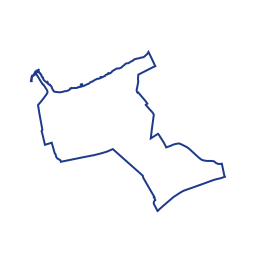 the district of Bab Sharqi, Al Iskandariyah, Egypt, rotated 8°
{"feature_id": "37247803B50327552497363", "entity_name": "Bab Sharqi", "entity_type": "district", "adm_level": 2, "iso_a3": "EGY", "parent_name": "Egypt", "parent_adm1": "Al Iskandariyah", "projection": "albers", "projection_center": [29.912, 31.205], "detail": "fine", "context": "isolated", "style": "outline", "palette": "blue", "viewbox_px": 256, "rotation_deg": 8, "n_neighbors": 0, "source": "geoboundaries", "source_scale": "gbopen_adm2", "svg_char_len": 4803}
<svg xmlns="http://www.w3.org/2000/svg" viewBox="0 0 256 256"><g transform="rotate(8 128 128)"><path d="M66.2,170.8L82.6,165.0L88.5,162.9L97.9,159.7L105.3,156.7L110.5,154.3L115.9,151.0L149.3,173.2L149.9,175.0L163.8,192.8L163.3,193.1L165.1,195.5L164.3,196.5L164.0,197.4L163.9,198.1L163.9,198.8L164.2,199.6L164.5,200.1L167.5,204.2L168.6,205.9L168.9,206.1L170.6,203.8L175.7,197.9L182.7,190.0L183.7,189.1L188.2,185.2L189.5,184.1L191.1,182.9L192.7,181.9L196.8,179.8L210.0,172.9L220.1,167.5L221.8,166.8L226.8,164.8L230.8,162.8L230.0,161.7L225.9,150.3L224.4,150.8L222.0,151.0L219.9,150.3L217.7,149.0L215.3,149.0L211.2,149.6L207.3,149.6L204.8,149.0L201.5,147.0L191.8,140.3L189.3,138.9L183.3,136.8L180.6,136.2L177.9,137.0L175.2,138.1L172.6,139.8L168.5,141.9L167.7,140.6L165.4,137.3L163.9,135.6L159.2,130.1L158.5,129.6L152.0,135.1L151.8,126.9L151.7,111.2L150.6,109.7L149.4,108.6L146.6,106.3L142.4,102.7L143.8,101.2L141.2,98.5L135.3,93.3L133.2,91.4L132.6,91.8L131.9,91.0L131.2,89.1L131.4,87.5L131.7,80.9L131.0,77.4L130.8,73.7L144.6,64.1L146.4,63.0L140.4,53.8L137.7,49.9L137.5,50.5L137.2,51.2L136.9,51.5L136.8,52.0L136.0,53.0L135.4,53.5L134.7,54.6L134.2,55.1L133.5,55.6L132.6,56.1L132.2,56.2L131.1,56.5L130.2,56.9L129.0,57.5L127.1,58.1L125.7,58.7L125.0,59.1L124.6,59.2L124.3,59.6L124.1,59.9L123.7,60.4L123.3,60.6L123.2,60.8L121.3,62.1L119.8,63.4L119.5,63.7L118.8,63.9L118.3,64.0L117.9,64.2L117.4,64.3L117.1,64.4L116.8,64.6L116.4,65.0L115.2,66.6L114.6,67.1L114.2,67.5L113.9,67.8L113.6,68.3L113.3,68.7L112.9,69.1L110.9,70.3L108.7,70.6L106.6,72.2L104.4,74.0L104.2,74.6L103.9,75.0L103.6,75.4L102.9,76.1L101.9,76.7L101.7,76.4L101.4,76.3L101.1,76.3L100.8,76.4L100.6,76.7L100.5,77.0L100.6,77.4L100.1,77.8L99.2,78.1L98.7,78.4L98.4,78.7L98.1,79.5L96.5,80.6L95.6,81.2L94.8,81.7L94.5,81.8L94.4,81.7L94.1,81.5L94.0,81.2L93.9,81.2L93.8,81.3L93.7,81.5L93.8,81.8L93.9,82.0L94.0,82.2L93.9,82.3L92.8,82.9L92.4,83.2L91.9,83.4L91.7,83.4L91.4,83.4L90.8,83.5L90.0,84.0L89.6,84.4L88.7,84.8L88.3,85.1L87.9,85.6L87.3,86.0L87.0,86.3L86.5,86.6L86.1,87.1L85.6,87.3L85.1,87.5L84.7,87.7L84.2,88.1L83.8,88.6L83.7,88.8L83.5,89.1L83.1,89.5L82.7,89.7L80.9,90.7L79.9,91.5L78.9,92.1L78.2,92.5L77.6,92.8L77.2,93.0L76.6,93.2L76.4,92.7L76.7,92.5L76.6,91.1L76.3,90.9L76.1,91.0L75.9,91.1L75.9,91.5L75.2,91.6L75.2,91.9L75.2,93.0L76.1,92.6L76.3,93.3L76.1,93.5L75.9,93.5L75.4,93.7L75.0,93.8L74.6,94.1L73.8,94.4L73.0,94.4L72.5,94.8L72.4,94.9L72.3,95.1L72.2,95.1L71.9,95.3L71.2,95.6L70.0,95.8L69.3,95.8L68.3,96.1L67.2,96.2L66.8,96.3L66.5,96.2L66.4,96.5L66.1,96.9L65.8,97.0L65.3,97.0L65.2,97.0L65.1,97.6L64.8,98.1L64.3,98.6L63.3,99.3L62.0,99.9L61.4,100.1L60.6,100.3L59.2,100.8L58.9,101.0L58.0,101.4L57.6,101.5L57.2,101.7L55.6,102.1L55.2,102.2L54.7,102.3L53.7,102.2L52.3,102.3L51.3,102.3L50.5,102.2L50.0,102.3L49.9,102.3L49.5,101.9L49.0,101.5L47.8,100.1L47.7,99.9L47.6,99.7L47.2,99.1L47.0,98.6L46.8,98.3L46.7,98.0L46.5,97.8L46.3,97.5L46.0,97.1L45.5,96.9L45.3,96.7L44.7,96.5L44.5,96.2L44.5,95.9L44.3,95.9L44.1,96.0L44.0,95.9L43.8,95.9L43.7,95.9L43.0,95.5L42.3,95.1L42.3,94.1L42.2,94.0L42.1,94.6L41.0,94.2L40.7,93.9L40.0,93.6L39.8,93.4L39.1,93.0L38.3,92.5L37.9,92.0L37.6,91.8L37.2,91.2L37.0,90.7L37.0,90.2L36.9,89.9L36.7,89.8L36.3,89.9L36.1,89.8L35.4,89.0L35.3,88.8L35.4,88.7L35.3,88.4L35.2,88.3L34.9,88.1L34.9,87.8L34.6,87.4L34.3,87.2L34.2,87.1L34.2,86.9L33.9,86.7L34.0,86.6L33.9,86.5L33.6,86.6L33.4,86.4L33.2,85.9L32.9,85.7L32.6,85.4L32.4,85.2L31.9,84.6L31.7,84.5L31.7,84.8L31.8,84.9L31.9,85.3L31.6,85.2L31.2,85.2L30.5,85.3L30.3,85.2L30.2,85.4L30.0,85.5L29.7,85.9L29.6,86.0L29.5,86.4L29.4,86.4L29.5,86.8L27.9,88.2L27.8,88.3L27.7,88.2L27.7,87.9L28.0,87.5L28.1,87.2L28.3,87.2L28.4,86.9L28.4,86.5L28.4,86.0L28.6,85.6L28.8,85.0L29.0,85.0L29.0,84.9L29.3,84.9L29.6,84.5L29.8,84.3L30.3,84.1L30.5,84.0L30.7,83.9L30.6,83.7L30.8,83.7L30.9,83.8L31.0,83.6L31.2,83.9L31.4,84.1L31.5,84.4L31.5,84.5L31.4,84.6L31.5,84.6L31.6,84.2L31.3,83.7L31.3,83.4L31.4,83.2L31.6,82.9L31.5,82.7L31.4,82.7L31.3,82.9L31.1,83.0L30.8,83.3L30.7,83.4L30.7,83.6L29.8,84.0L29.2,84.6L28.9,84.6L28.5,85.0L28.3,85.4L28.0,86.1L28.1,86.3L28.0,86.5L27.9,86.9L27.5,87.7L27.3,88.0L27.4,88.3L27.0,88.8L26.1,89.5L25.9,89.8L25.6,89.8L25.5,90.4L25.6,90.5L25.4,91.7L25.5,92.1L25.4,92.6L25.4,93.2L25.3,93.7L25.4,94.0L25.2,94.6L25.3,94.7L25.4,95.2L25.5,95.2L25.9,95.0L25.8,94.9L25.9,93.3L25.9,93.2L25.8,92.9L25.9,91.4L25.9,90.4L28.1,88.4L29.4,87.2L29.5,87.1L30.0,87.9L30.6,88.5L31.7,89.7L34.4,93.1L37.3,96.5L37.5,96.7L38.2,96.7L38.3,96.9L41.6,100.7L42.6,101.9L42.9,102.3L43.3,104.1L43.3,104.5L42.0,107.2L41.1,108.7L39.9,111.0L37.9,114.4L35.7,117.8L36.4,120.0L38.1,125.6L43.5,141.8L43.2,142.2L43.0,142.6L42.9,143.1L43.0,143.6L43.6,144.7L43.9,145.4L48.1,156.2L54.5,153.2L59.0,163.3L59.8,163.9L60.8,166.3L61.3,167.1L62.3,168.0L63.8,168.6L65.6,169.4L66.2,170.8Z" fill="none" stroke="#1e3a8a" stroke-width="2"/></g></svg>